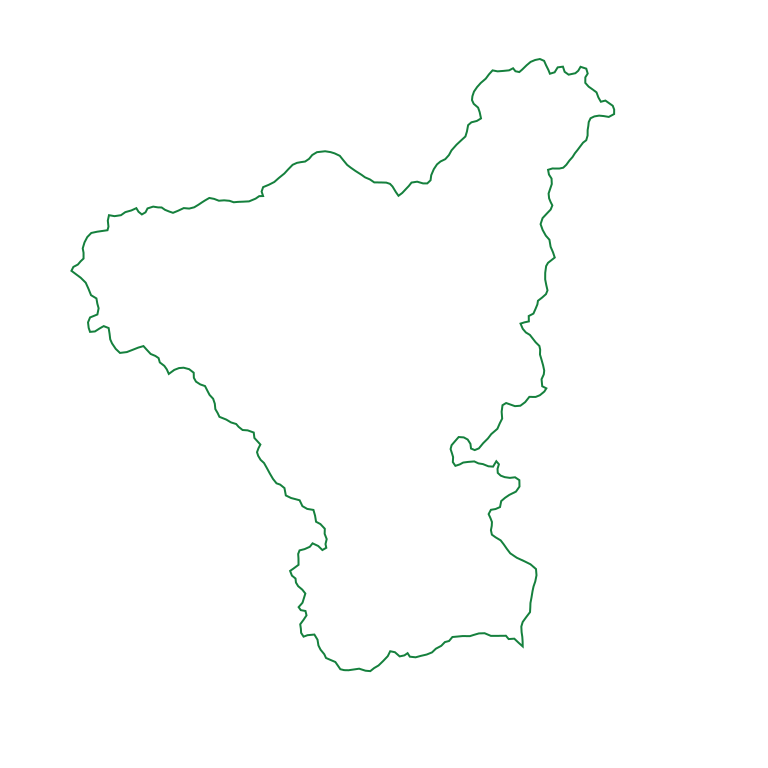 Potiraguá, Bahia, Brazil, rotated 78°
{"feature_id": "56859067B74101870716105", "entity_name": "Potiraguá", "entity_type": "district", "adm_level": 2, "iso_a3": "BRA", "parent_name": "Brazil", "parent_adm1": "Bahia", "projection": "albers", "projection_center": [-39.772, -15.676], "detail": "fine", "context": "isolated", "style": "outline", "palette": "green", "viewbox_px": 768, "rotation_deg": 78, "n_neighbors": 0, "source": "geoboundaries", "source_scale": "gbopen_adm2", "svg_char_len": 5825}
<svg xmlns="http://www.w3.org/2000/svg" viewBox="0 0 768 768"><g transform="rotate(78 384 384)"><path d="M586.6,283.5L581.6,290.2L575.9,295.7L570.8,298.1L565.8,300.2L561.2,302.4L557.2,306.7L553.8,309.8L549.2,309.8L545.2,308.1L541.4,307.1L537.6,307.7L533.0,308.7L529.3,305.6L529.5,300.9L528.5,296.1L522.9,293.7L520.5,289.3L518.5,284.4L516.7,277.3L512.5,272.8L506.2,271.6L502.5,275.2L502.0,280.4L500.2,285.3L497.9,288.9L494.6,291.2L490.6,290.6L486.4,288.3L482.9,290.2L487.5,294.5L486.2,299.0L482.9,303.9L481.3,308.1L478.5,311.8L477.7,317.9L477.3,322.9L478.4,326.6L478.9,331.2L474.7,332.9L469.9,331.6L466.2,331.9L461.5,332.4L457.9,330.6L454.4,326.0L451.4,322.0L452.8,317.1L455.7,313.7L460.5,311.9L465.2,312.3L467.5,309.0L466.7,304.6L462.5,299.3L458.9,293.7L455.3,289.5L451.4,282.4L446.5,278.9L442.4,275.6L435.6,274.7L429.4,272.5L428.0,268.5L430.2,264.9L432.9,260.5L433.6,255.1L431.1,249.7L426.8,244.5L428.2,238.4L427.4,233.9L424.7,228.7L422.0,226.1L419.1,229.7L412.1,228.9L407.8,225.7L404.2,224.5L398.8,224.5L392.6,224.9L387.6,225.3L382.9,224.1L379.1,224.1L374.7,227.0L370.6,229.0L366.3,231.1L363.1,234.5L358.9,236.8L353.3,237.9L352.9,233.8L352.9,229.3L347.6,228.3L346.2,223.2L342.2,220.3L338.0,217.4L334.6,216.1L332.4,211.5L329.8,206.9L326.4,204.6L321.0,204.7L315.2,204.6L308.8,203.2L302.4,200.9L299.6,198.4L295.8,190.7L290.4,191.3L284.4,192.5L277.3,192.2L272.5,194.9L266.3,196.8L260.2,197.6L254.7,194.4L250.8,188.8L248.0,184.7L244.3,182.2L240.6,183.2L236.7,183.9L231.9,183.4L227.0,180.5L223.3,178.3L217.9,177.4L213.4,179.1L208.6,179.0L208.2,174.5L209.7,167.8L209.7,163.7L207.5,160.1L204.0,156.2L201.2,152.4L198.0,149.3L195.4,146.1L192.5,142.8L189.3,139.1L187.6,135.5L183.3,133.2L177.9,132.0L174.1,130.5L170.4,129.3L167.0,126.7L166.0,122.6L166.2,117.8L167.6,113.4L169.5,108.6L167.8,102.8L163.4,101.8L159.4,102.4L156.5,105.1L152.8,108.5L153.0,113.2L148.3,114.7L142.9,115.5L138.5,119.4L135.7,122.0L131.3,124.5L125.9,123.3L122.7,120.2L117.6,120.6L114.6,125.8L118.0,128.9L119.8,132.2L119.8,139.1L116.2,142.4L110.8,143.0L110.4,148.3L114.6,152.3L115.0,157.2L111.0,157.9L106.0,159.2L101.2,160.2L98.5,164.0L98.5,168.8L99.4,173.6L101.8,178.1L105.2,183.5L107.0,186.8L105.4,190.4L102.0,192.1L103.2,196.4L102.6,201.9L101.8,207.9L99.8,212.6L102.9,216.9L106.5,221.0L109.6,226.7L112.9,231.2L116.7,235.2L120.9,237.7L124.6,238.9L128.6,238.0L133.2,234.5L138.0,233.9L144.4,233.9L146.0,238.5L146.2,244.1L148.3,247.9L154.3,250.4L158.8,252.9L161.4,257.3L165.0,263.3L169.5,269.4L173.6,272.9L176.8,277.3L178.1,282.5L180.2,286.5L184.2,290.6L189.6,294.4L194.4,296.1L196.8,300.0L195.9,304.1L193.0,309.5L192.7,315.2L195.5,318.6L197.9,322.1L200.9,326.4L202.9,330.7L198.7,332.5L192.6,334.6L189.5,336.5L187.5,339.9L186.1,345.6L184.8,351.6L181.0,355.2L177.9,359.6L174.8,362.4L169.6,367.7L165.3,371.7L162.0,374.5L156.6,377.3L151.6,379.8L148.1,384.4L146.1,388.0L144.1,393.2L143.3,401.4L145.1,406.6L148.2,410.5L150.0,414.9L149.7,419.2L149.6,423.2L150.6,427.8L154.2,433.2L157.4,437.7L160.6,444.0L163.6,449.3L165.2,455.3L166.3,461.3L170.3,463.7L175.0,463.2L174.3,467.0L176.0,471.1L177.3,478.0L176.3,484.3L175.5,488.9L175.0,493.2L172.7,497.0L171.1,502.2L170.4,507.4L167.6,511.7L165.7,516.2L167.2,520.8L168.5,524.3L170.1,528.3L171.7,532.9L171.9,538.1L170.3,543.3L171.7,549.3L172.7,554.8L170.6,558.3L168.1,562.0L165.1,564.8L164.2,568.5L162.5,572.9L163.1,578.8L166.5,581.6L167.8,585.6L164.5,588.3L160.5,589.7L161.7,595.0L162.1,601.3L164.2,606.2L163.8,612.7L161.7,617.9L166.8,620.2L172.8,620.8L176.1,622.5L175.8,626.9L175.4,632.9L175.4,638.9L178.6,643.7L183.2,647.5L188.7,650.5L193.2,650.6L198.8,651.8L200.9,655.2L203.5,658.6L204.9,663.5L208.3,666.2L212.3,662.7L217.1,658.5L222.9,654.7L229.3,653.3L236.2,652.1L240.5,647.5L245.9,647.7L250.6,647.4L256.4,649.9L257.8,657.7L262.2,660.7L267.7,661.2L271.9,660.7L272.5,655.8L270.6,650.8L269.1,646.2L272.0,641.7L277.9,642.0L283.4,642.5L287.7,641.6L293.9,639.1L298.7,635.8L299.3,628.9L298.4,623.3L297.3,616.8L296.9,611.4L300.9,609.1L306.1,606.0L309.0,601.8L311.8,599.1L316.3,598.8L320.6,595.1L324.6,593.4L329.4,592.4L326.6,586.2L325.8,581.2L326.4,576.6L329.0,571.5L333.4,567.8L338.4,568.7L342.6,567.4L346.2,563.8L348.8,559.5L353.7,558.2L358.4,556.9L362.9,554.2L368.1,553.6L373.5,554.2L377.7,552.8L381.9,551.8L386.0,545.7L389.8,541.6L392.4,536.9L395.7,535.1L399.6,531.9L401.0,527.0L404.4,521.5L409.8,522.0L413.9,519.6L417.5,517.5L420.7,520.1L424.3,522.4L428.1,522.0L432.5,520.5L436.3,517.8L441.7,516.1L447.8,514.3L453.8,512.3L458.8,509.8L460.8,506.5L465.1,503.0L472.6,503.2L476.2,498.6L478.2,494.6L480.2,490.7L486.5,489.2L490.2,485.1L492.5,479.2L498.5,478.8L504.6,479.1L507.8,475.3L513.3,472.0L518.2,473.2L523.8,472.3L528.4,474.5L532.2,474.5L533.6,478.8L528.8,482.0L525.0,487.0L527.8,490.4L529.0,496.0L529.2,501.2L532.4,503.3L536.7,503.9L543.1,505.2L545.7,510.9L547.3,514.7L552.3,513.9L555.9,511.0L559.9,511.4L563.9,510.0L568.3,506.6L572.6,504.5L576.0,506.4L581.0,509.2L584.5,513.9L587.9,512.4L589.7,508.0L594.2,507.9L598.0,511.8L601.6,515.9L606.1,516.2L610.2,516.8L614.4,515.2L613.8,511.0L614.6,504.2L620.3,502.2L626.1,502.5L630.7,501.3L635.9,498.6L639.9,497.7L642.5,494.1L645.8,489.4L649.8,487.7L653.9,486.0L655.6,482.5L656.6,478.3L657.0,472.3L657.3,467.5L660.6,461.7L662.0,457.1L659.8,452.7L658.2,447.9L654.9,442.6L651.0,436.9L646.7,433.5L648.6,429.1L653.7,425.3L653.7,420.5L652.2,416.9L656.1,415.4L657.9,409.9L657.6,404.3L657.5,398.5L656.5,392.8L653.7,388.3L652.0,382.4L649.1,378.1L648.9,373.8L645.7,369.7L646.3,364.7L646.9,359.5L648.5,352.4L648.1,348.5L647.7,343.0L648.7,337.4L652.6,331.8L654.2,324.1L655.6,317.1L659.4,315.1L660.2,309.5L665.0,306.2L669.5,302.9L665.0,302.0L660.2,301.3L655.4,301.0L649.8,300.1L645.6,297.8L641.8,293.6L637.5,288.6L633.1,287.4L628.7,286.3L623.7,284.2L617.3,281.7L613.1,279.8L608.6,277.1L602.8,274.6L596.6,273.8L590.8,278.2L586.6,283.5Z" fill="none" stroke="#15803d" stroke-width="2"/></g></svg>